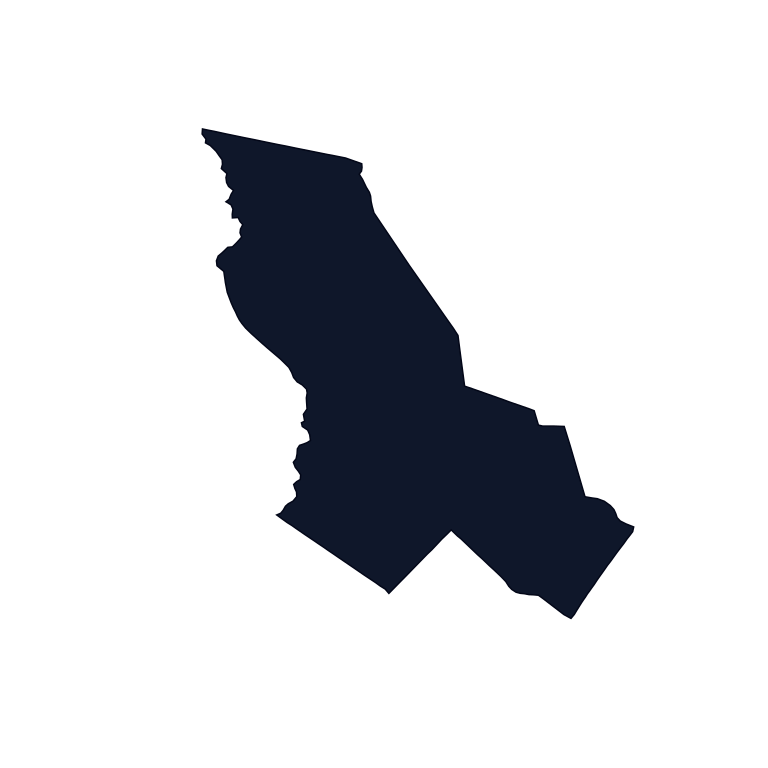 Araruama, Rio de Janeiro, Brazil, rotated 302°
{"feature_id": "56859067B24676090780679", "entity_name": "Araruama", "entity_type": "district", "adm_level": 2, "iso_a3": "BRA", "parent_name": "Brazil", "parent_adm1": "Rio de Janeiro", "projection": "equal_earth", "projection_center": [-42.303, -22.745], "detail": "fine", "context": "isolated", "style": "filled", "palette": "ink", "viewbox_px": 768, "rotation_deg": 302, "n_neighbors": 0, "source": "geoboundaries", "source_scale": "gbopen_adm2", "svg_char_len": 2845}
<svg xmlns="http://www.w3.org/2000/svg" viewBox="0 0 768 768"><g transform="rotate(302 384 384)"><path d="M559.0,248.4L555.3,231.7L550.5,219.0L548.7,214.5L544.0,202.0L537.2,184.0L533.6,174.2L531.1,167.8L526.7,156.0L522.4,144.3L518.9,135.1L514.9,124.3L512.3,117.3L510.4,112.0L508.3,106.1L506.4,101.2L504.1,94.9L499.6,97.3L497.3,103.3L493.9,104.8L494.2,110.3L492.4,118.3L490.2,123.4L488.4,127.9L484.7,130.6L480.5,131.9L479.2,139.3L475.3,140.6L471.4,143.8L469.2,147.5L468.4,153.8L464.0,153.8L458.6,154.8L454.8,153.4L454.9,159.4L452.3,163.2L447.6,165.3L444.5,167.4L447.9,172.1L445.5,175.8L444.3,179.8L439.3,180.2L435.9,181.8L433.2,185.4L429.6,184.9L424.9,184.0L420.0,182.8L417.1,179.1L412.2,177.9L408.9,177.0L404.7,175.6L399.7,176.6L395.8,179.7L394.6,188.5L391.6,191.0L388.8,193.4L386.0,195.7L378.7,202.5L371.9,211.4L368.9,215.8L366.4,220.0L364.0,223.5L361.8,227.3L360.0,231.5L358.1,237.1L356.4,245.0L355.1,252.3L353.8,259.7L352.8,266.0L351.9,272.1L351.1,277.5L350.3,282.9L348.9,289.3L347.7,294.5L344.8,299.7L341.6,303.9L339.8,309.3L339.9,315.2L338.6,321.0L335.7,323.6L331.1,325.5L327.8,327.8L322.0,332.0L315.6,331.7L310.4,336.4L307.4,334.5L304.7,337.2L304.5,343.7L301.6,347.9L297.1,351.6L293.3,349.7L290.5,347.6L287.2,344.9L283.1,344.9L278.5,347.4L274.0,349.1L269.6,348.6L266.3,353.0L264.7,357.5L262.8,361.5L258.6,363.6L255.0,361.7L251.0,360.6L248.2,363.8L246.1,367.0L242.3,369.7L236.4,368.9L231.8,366.3L228.1,365.2L223.4,365.4L219.7,364.9L216.1,362.4L215.6,369.4L215.2,375.4L215.2,380.8L214.9,385.8L214.4,396.7L214.0,408.7L213.8,413.1L213.6,419.7L213.3,425.0L213.1,430.9L212.8,437.4L212.1,454.9L211.5,468.3L211.1,482.2L210.7,487.7L210.7,493.7L209.0,499.1L223.6,502.3L233.0,504.4L262.6,510.8L268.8,512.4L278.8,514.4L283.0,515.2L290.5,517.1L295.9,518.3L294.0,527.1L293.5,531.3L288.8,554.0L287.9,559.3L286.9,564.2L285.8,569.4L284.6,576.0L282.7,585.3L281.0,592.0L278.6,597.0L277.5,601.2L277.4,606.3L278.7,610.5L280.6,614.3L282.2,618.5L284.3,622.2L286.7,626.9L286.3,632.7L284.4,652.5L283.8,658.8L284.3,666.8L289.5,667.5L293.9,667.4L298.3,667.4L303.0,667.4L306.4,667.5L310.0,667.7L313.7,667.7L317.2,668.0L321.1,668.2L325.2,668.5L330.1,668.6L336.0,668.9L340.7,669.2L344.2,669.4L348.7,669.6L353.4,670.1L358.0,670.4L364.3,670.8L369.8,671.3L375.9,671.9L381.5,672.2L386.9,672.8L390.6,673.1L395.1,671.5L393.6,663.4L393.0,657.0L394.2,652.5L397.0,649.1L399.3,645.6L400.8,640.4L401.3,633.0L399.8,625.7L397.5,620.6L394.9,614.2L430.2,574.7L443.5,559.3L438.0,549.8L434.7,544.6L432.4,540.9L431.0,536.7L436.2,530.8L440.9,525.5L440.0,520.8L435.2,499.8L433.9,493.5L426.8,461.6L424.9,453.5L452.9,430.4L464.4,421.0L466.2,417.1L468.0,413.3L472.1,403.5L478.1,389.4L498.1,342.3L523.8,284.8L528.1,280.1L532.0,276.3L536.3,273.0L538.8,270.0L541.4,264.8L546.1,257.4L548.8,251.8L552.6,252.1L556.0,250.6L559.0,248.4Z" fill="#0f172a" stroke="#020617" stroke-width="1.5"/></g></svg>